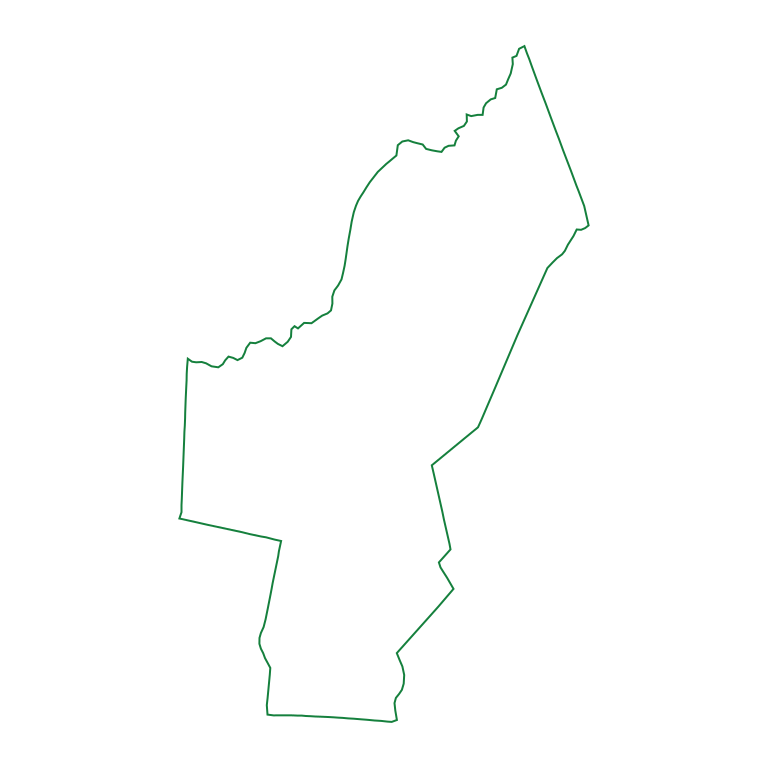 outline of Araruama, Rio de Janeiro, Brazil
{"feature_id": "56859067B24676090780679", "entity_name": "Araruama", "entity_type": "district", "adm_level": 2, "iso_a3": "BRA", "parent_name": "Brazil", "parent_adm1": "Rio de Janeiro", "projection": "equal_earth", "projection_center": [-42.303, -22.745], "detail": "fine", "context": "isolated", "style": "outline", "palette": "green", "viewbox_px": 768, "rotation_deg": 0, "n_neighbors": 0, "source": "geoboundaries", "source_scale": "gbopen_adm2", "svg_char_len": 2785}
<svg xmlns="http://www.w3.org/2000/svg" viewBox="0 0 768 768"><path d="M588.6,225.4L584.2,206.0L578.6,191.1L576.5,185.8L571.1,171.2L563.1,150.3L558.9,138.8L556.0,131.3L550.8,117.4L545.8,103.8L541.7,93.1L537.0,80.5L534.0,72.3L531.7,66.0L529.3,59.2L527.0,53.4L524.4,46.1L519.1,48.8L516.5,55.9L512.4,57.6L512.8,64.1L510.7,73.5L508.1,79.4L506.0,84.6L501.8,87.8L496.8,89.3L495.2,98.0L490.7,99.4L486.1,103.2L483.6,107.5L482.6,114.9L477.5,114.9L471.2,116.1L466.7,114.5L466.9,121.5L463.9,125.9L458.4,128.3L454.7,130.9L458.7,136.3L455.9,140.7L454.5,145.4L448.6,145.8L444.6,147.7L441.5,151.9L437.3,151.3L431.8,150.3L426.1,148.9L422.7,144.5L416.9,143.1L413.1,142.1L408.2,140.3L402.3,141.5L397.8,145.2L396.4,155.5L392.8,158.5L389.6,161.2L386.3,163.9L377.8,171.9L369.8,182.2L366.4,187.4L363.4,192.3L360.7,196.4L358.1,200.8L356.0,205.7L353.8,212.2L351.7,221.5L350.3,230.0L348.7,238.7L347.5,246.1L346.5,253.2L345.6,259.5L344.6,265.8L343.0,273.2L341.5,279.4L338.1,285.5L334.4,290.4L332.3,296.7L332.4,303.6L331.0,310.4L327.5,313.4L322.2,315.6L318.3,318.3L311.5,323.2L304.1,322.9L298.0,328.4L294.5,326.2L291.4,329.3L291.0,336.9L287.7,341.8L282.5,346.2L277.9,343.9L274.7,341.5L270.9,338.3L266.1,338.3L260.6,341.2L255.4,343.2L250.2,342.7L246.4,347.8L244.6,353.0L242.3,357.7L237.5,360.1L233.2,357.9L228.5,356.6L225.2,360.3L222.8,364.2L218.3,367.3L211.5,366.3L206.1,363.3L201.7,362.0L196.2,362.3L192.0,361.7L187.8,358.7L187.1,366.9L186.7,374.0L186.6,380.2L186.3,386.1L185.7,398.9L185.2,412.8L185.1,418.0L184.8,425.7L184.4,432.0L184.2,438.8L183.9,446.4L183.1,466.9L182.4,482.5L181.8,498.8L181.5,505.2L181.5,512.2L179.4,518.5L196.5,522.3L207.5,524.8L242.1,532.2L249.3,534.0L261.1,536.5L266.0,537.3L274.7,539.6L281.1,541.0L278.9,551.3L278.2,556.2L272.7,582.8L271.6,588.9L270.5,594.7L269.3,600.8L267.8,608.4L265.6,619.3L263.6,627.1L260.9,633.0L259.5,637.9L259.4,643.8L260.9,648.7L263.2,653.2L265.0,658.1L267.4,662.5L270.3,667.9L269.8,674.7L267.6,697.9L266.8,705.2L267.5,714.6L273.6,715.4L278.6,715.3L283.9,715.3L289.3,715.3L293.3,715.4L297.5,715.6L301.8,715.6L305.9,716.0L310.5,716.2L315.3,716.5L321.0,716.7L327.9,717.0L333.4,717.3L337.5,717.6L342.8,717.9L348.2,718.4L353.6,718.7L360.9,719.3L367.4,719.8L374.6,720.5L381.1,720.9L387.4,721.6L391.7,721.9L396.9,720.0L395.3,710.5L394.5,703.1L395.9,697.9L399.2,693.8L401.9,689.8L403.7,683.7L404.2,675.0L402.4,666.5L399.8,660.5L396.8,653.1L438.1,606.9L453.5,588.9L447.1,577.8L443.2,571.7L440.5,567.4L438.9,562.4L445.0,555.6L450.5,549.4L449.5,543.9L443.9,519.4L442.4,512.0L434.0,474.8L431.8,465.3L464.6,438.3L478.0,427.3L480.1,422.7L482.1,418.2L487.0,406.7L494.0,390.4L517.4,335.2L547.4,268.0L552.5,262.6L557.0,258.1L562.1,254.3L564.9,250.8L567.9,244.7L573.5,236.0L576.7,229.5L581.1,229.8L585.1,228.1L588.6,225.4Z" fill="none" stroke="#15803d" stroke-width="2"/></svg>